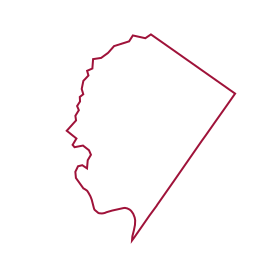 the district of Wilkinson, Mississippi, United States of America, rotated 305°
{"feature_id": "52423323B55662622252090", "entity_name": "Wilkinson", "entity_type": "district", "adm_level": 2, "iso_a3": "USA", "parent_name": "United States of America", "parent_adm1": "Mississippi", "projection": "mercator", "projection_center": [-91.429, 31.186], "detail": "fine", "context": "isolated", "style": "outline", "palette": "rose", "viewbox_px": 256, "rotation_deg": 305, "n_neighbors": 0, "source": "geoboundaries", "source_scale": "gbopen_adm2", "svg_char_len": 1077}
<svg xmlns="http://www.w3.org/2000/svg" viewBox="0 0 256 256"><g transform="rotate(305 128 128)"><path d="M217.6,196.0L217.8,106.3L217.8,93.1L211.5,90.7L206.6,78.9L199.6,79.2L187.1,69.6L178.2,68.6L170.0,65.8L164.4,59.9L156.3,64.7L151.4,61.7L148.3,65.5L141.0,64.4L133.4,67.7L130.0,72.0L125.8,70.7L122.2,73.5L116.8,73.7L114.4,77.5L107.8,77.9L104.4,81.1L90.6,79.4L89.8,91.8L82.4,92.3L81.6,95.2L87.8,101.2L87.4,108.8L84.8,113.0L78.5,113.5L71.4,117.6L71.3,111.9L68.0,109.0L61.9,110.0L57.2,114.0L52.9,126.2L53.1,127.0L53.2,129.9L53.1,130.7L52.3,132.7L50.6,136.2L49.7,137.6L48.4,139.5L42.9,145.9L42.1,147.0L41.8,147.7L41.7,148.8L41.4,152.4L41.6,153.2L43.0,155.6L43.9,156.6L45.1,157.7L46.7,158.7L51.3,162.4L59.7,170.1L60.8,171.3L61.7,173.5L62.1,176.0L62.0,177.6L61.7,178.8L60.7,181.5L58.5,184.8L56.4,186.9L52.6,189.3L47.6,191.5L41.8,193.7L38.2,195.8L41.8,195.9L68.7,195.8L80.7,196.1L81.6,196.0L103.9,196.0L104.5,196.0L113.0,196.0L159.6,195.8L166.4,195.9L166.6,195.9L181.5,195.9L202.6,196.0L211.2,196.0L215.1,196.0L217.6,196.0Z" fill="none" stroke="#9f1239" stroke-width="2"/></g></svg>